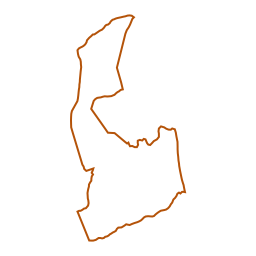 the district of Rio Tinto, Paraíba, Brazil
{"feature_id": "56859067B7605196219399", "entity_name": "Rio Tinto", "entity_type": "district", "adm_level": 2, "iso_a3": "BRA", "parent_name": "Brazil", "parent_adm1": "Paraíba", "projection": "equal_earth", "projection_center": [-35.029, -6.767], "detail": "fine", "context": "isolated", "style": "outline", "palette": "amber", "viewbox_px": 256, "rotation_deg": 0, "n_neighbors": 0, "source": "geoboundaries", "source_scale": "gbopen_adm2", "svg_char_len": 2663}
<svg xmlns="http://www.w3.org/2000/svg" viewBox="0 0 256 256"><path d="M133.9,17.3L131.7,15.7L129.6,15.4L127.5,15.6L125.4,16.3L123.4,16.7L120.9,17.3L119.0,17.7L117.2,18.1L115.6,18.6L114.1,19.3L112.5,19.8L110.7,21.5L109.7,23.2L108.0,24.6L106.4,24.9L105.2,25.9L104.0,27.7L102.1,29.6L99.6,30.8L97.9,32.0L96.3,33.1L94.4,34.4L92.8,34.5L91.1,36.2L89.2,37.8L87.0,40.3L86.5,42.3L85.2,44.4L83.5,45.9L82.2,46.7L80.7,47.4L78.9,48.4L77.5,50.2L78.0,54.0L78.7,56.7L80.3,59.4L80.8,61.8L80.9,64.3L81.2,67.1L80.7,71.1L80.3,75.3L79.9,79.6L79.8,82.0L79.4,84.5L79.3,87.2L78.9,89.5L78.6,92.2L78.3,95.4L77.9,98.6L77.4,101.1L71.9,111.0L71.3,113.7L71.1,116.8L71.0,120.0L71.1,124.5L71.2,127.4L73.1,133.9L82.4,164.7L83.6,166.5L84.2,168.9L86.3,170.9L93.3,168.5L92.8,170.3L91.7,172.8L93.0,174.5L91.8,176.3L91.4,178.5L91.3,180.8L90.2,182.3L89.0,184.5L88.9,186.6L88.3,188.7L87.9,190.6L87.5,193.1L87.7,196.3L87.8,198.4L88.3,200.4L88.6,203.1L88.1,205.6L85.9,208.2L84.0,208.6L82.4,209.8L80.6,210.8L79.2,210.8L77.5,211.6L89.2,240.5L91.4,240.6L93.2,240.6L95.8,239.9L98.6,238.0L100.4,238.0L102.1,238.4L103.8,238.0L105.2,236.8L107.0,236.4L108.5,235.6L110.0,234.2L111.4,233.5L112.6,232.6L114.3,231.8L115.8,230.9L116.9,228.9L118.3,227.6L120.0,227.5L121.5,227.4L123.0,226.5L124.6,225.5L126.2,224.3L127.9,224.7L129.7,225.0L131.9,224.0L134.3,223.1L137.5,222.1L139.3,221.3L141.1,220.3L142.6,218.9L143.9,217.5L145.6,216.5L148.1,216.2L150.6,216.4L152.4,216.5L154.0,216.0L155.6,214.4L157.6,212.8L159.5,211.5L160.9,210.7L162.5,210.4L164.5,210.0L166.2,209.5L168.1,208.2L169.7,206.4L170.9,204.2L172.2,202.6L173.4,199.5L175.1,197.9L176.5,195.9L177.4,193.7L179.0,192.6L180.4,193.5L182.0,191.9L183.3,191.8L185.0,192.1L184.5,189.9L183.9,186.9L183.6,185.1L182.9,183.0L182.0,180.0L181.5,177.8L180.1,171.0L179.7,168.7L179.2,165.9L179.0,163.5L178.5,160.5L178.2,156.6L177.8,153.3L177.6,149.3L177.6,146.7L177.5,141.9L176.4,136.3L175.8,132.6L174.8,129.3L172.2,128.5L170.8,129.7L168.5,129.6L166.2,128.7L164.3,127.4L161.0,126.4L158.9,128.5L158.5,131.3L158.9,133.6L158.9,136.9L156.9,139.4L153.8,141.1L152.3,142.8L150.2,145.0L148.3,144.6L147.2,143.3L146.5,141.8L145.5,139.4L143.8,138.9L142.2,140.5L139.8,139.9L137.8,140.7L137.7,142.7L138.1,144.8L136.9,147.1L134.6,147.1L132.3,146.0L130.0,146.2L129.1,144.4L128.4,142.6L127.1,143.5L125.2,142.0L114.6,133.1L107.9,132.7L105.3,128.9L91.2,108.9L93.7,100.9L95.3,99.1L97.2,97.9L99.0,97.6L100.7,97.4L102.9,96.7L104.7,96.3L107.4,96.5L109.6,96.3L111.4,96.1L113.0,95.4L114.5,94.8L116.0,93.3L117.5,92.1L118.9,91.4L120.7,89.9L122.8,89.4L121.1,82.3L116.9,67.7L125.4,33.7L126.8,30.1L128.7,27.3L130.1,24.5L131.4,21.3L132.3,19.0L133.9,17.3Z" fill="none" stroke="#b45309" stroke-width="2"/></svg>